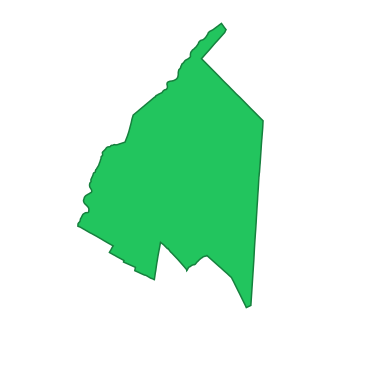 the district of Aricestii Rahtivani, Prahova, Romania, rotated 58°
{"feature_id": "2599482B50315286970944", "entity_name": "Aricestii Rahtivani", "entity_type": "district", "adm_level": 2, "iso_a3": "ROU", "parent_name": "Romania", "parent_adm1": "Prahova", "projection": "natural_earth1", "projection_center": [25.877, 44.949], "detail": "fine", "context": "isolated", "style": "filled", "palette": "green", "viewbox_px": 384, "rotation_deg": 58, "n_neighbors": 0, "source": "geoboundaries", "source_scale": "gbopen_adm2", "svg_char_len": 5883}
<svg xmlns="http://www.w3.org/2000/svg" viewBox="0 0 384 384"><g transform="rotate(58 192 192)"><path d="M160.6,306.9L162.4,305.5L172.2,300.3L173.5,299.5L177.9,297.0L179.7,296.0L180.0,295.9L180.8,295.4L182.4,294.6L184.4,293.5L185.3,293.1L188.0,291.7L191.4,289.9L195.9,287.4L196.1,287.8L196.7,289.1L196.9,289.4L197.3,290.1L198.1,291.4L198.8,292.8L199.3,293.8L199.4,294.0L199.5,294.1L201.8,292.8L202.6,292.4L203.7,291.8L205.0,291.0L206.8,290.1L210.1,288.2L212.4,286.9L213.3,286.4L214.1,286.0L214.6,286.7L215.1,287.2L219.2,284.4L223.1,281.8L225.9,279.9L227.1,281.0L227.6,281.5L228.4,282.2L232.6,279.4L233.3,279.0L236.7,276.7L237.2,276.4L237.7,275.8L237.9,275.6L238.4,275.2L238.7,275.0L238.9,274.9L239.5,274.6L241.2,273.7L242.4,273.1L243.3,272.6L244.3,271.8L244.6,271.5L246.3,270.5L246.4,270.4L245.2,269.4L243.6,268.0L241.3,266.1L240.0,264.9L239.1,264.1L237.4,262.7L233.6,259.5L231.4,257.5L230.1,256.4L228.4,254.9L225.0,251.8L222.1,249.1L220.0,247.2L218.6,246.0L218.0,245.4L221.5,244.1L222.7,243.8L223.7,243.6L225.9,243.1L226.8,242.9L227.1,242.8L227.3,242.7L227.4,242.4L227.4,242.2L227.5,242.2L228.0,242.2L230.9,242.0L231.6,241.9L232.1,241.8L232.4,241.7L232.7,241.6L233.0,241.5L236.0,240.9L241.3,239.8L248.2,238.7L251.3,238.2L254.2,237.8L254.7,237.7L254.9,237.7L255.2,237.8L255.9,238.1L255.8,237.8L255.6,237.3L255.0,236.4L254.6,235.7L254.4,235.3L254.4,235.1L254.2,234.6L254.1,234.3L254.1,234.1L254.2,233.3L254.3,233.0L254.1,231.3L254.1,231.0L254.2,230.4L254.3,229.6L254.3,229.4L254.5,229.3L254.6,229.2L254.8,228.8L254.9,228.4L254.9,228.1L255.0,227.8L254.9,227.4L254.9,227.2L254.6,226.4L254.5,226.2L254.4,225.7L254.2,225.3L254.1,225.0L254.1,224.9L253.9,224.0L253.9,223.7L253.5,222.3L253.2,221.0L253.2,220.7L253.2,220.3L253.1,219.9L253.0,219.2L253.0,218.9L253.0,218.2L253.1,217.8L253.0,217.6L252.9,217.1L252.9,216.7L253.0,216.3L253.1,215.9L253.2,215.7L253.3,215.0L253.3,214.9L253.8,214.2L253.8,213.6L253.9,213.3L253.8,213.0L269.3,208.5L271.8,207.7L275.8,206.6L280.1,205.3L281.4,205.0L284.3,204.2L285.2,203.9L285.5,203.9L286.2,203.9L286.9,204.0L289.7,204.2L290.8,204.3L293.5,204.6L300.7,205.3L303.0,205.5L307.8,206.0L317.7,207.0L317.8,207.1L318.8,207.2L319.4,202.2L282.3,175.5L272.3,168.5L268.1,165.5L260.9,160.3L257.5,157.8L253.3,154.8L252.2,154.0L249.5,152.1L247.5,150.7L244.3,148.4L238.1,144.0L235.1,141.8L233.3,140.5L231.4,139.2L229.7,138.0L223.8,133.7L217.0,128.9L216.2,128.3L214.9,127.4L214.7,127.3L214.5,127.1L214.2,126.8L213.4,126.2L212.9,125.9L212.5,125.5L212.3,125.4L211.7,125.0L211.6,124.8L211.4,124.7L210.9,124.2L210.7,124.1L209.9,123.5L209.6,123.3L209.2,123.0L208.5,122.5L204.7,119.7L204.4,119.5L203.8,119.0L203.5,118.8L200.6,116.7L196.0,113.4L192.7,111.0L189.2,108.5L184.7,105.2L184.3,104.9L183.3,104.1L182.3,103.4L177.6,99.9L175.3,98.2L173.6,97.0L170.1,94.6L169.3,94.0L151.5,98.1L137.3,101.2L132.1,102.6L128.2,103.4L125.2,104.1L121.8,104.8L116.9,106.0L113.4,106.8L109.9,107.5L104.5,108.7L84.0,113.3L83.7,112.4L83.5,111.6L82.2,107.4L80.6,101.8L79.5,98.3L78.6,95.5L77.6,92.1L77.6,91.9L76.5,88.1L74.6,81.6L74.2,80.2L74.1,79.8L72.8,77.9L72.4,77.1L71.6,77.2L71.0,77.2L70.7,77.3L64.6,77.7L65.1,83.7L65.5,88.3L65.2,91.9L65.2,92.1L65.2,92.3L65.5,93.2L65.6,93.8L65.9,94.3L66.5,94.9L67.1,96.3L67.9,98.0L68.3,99.2L68.5,100.2L68.7,101.3L68.7,102.0L68.4,103.1L68.0,104.6L68.4,106.2L68.6,106.9L69.1,107.5L69.6,108.1L70.2,109.4L71.1,111.7L71.2,112.1L71.3,112.9L71.6,114.1L71.8,115.0L71.8,116.3L72.3,117.4L72.8,118.8L73.5,119.6L74.4,120.4L76.4,121.6L76.7,122.3L76.9,123.6L77.0,125.2L76.8,127.4L76.9,128.3L77.3,129.4L77.7,130.2L78.0,131.4L78.1,132.7L79.0,133.8L79.4,134.6L80.8,136.2L81.0,136.8L81.3,138.3L81.7,138.8L83.2,140.2L84.1,140.8L85.1,141.4L86.8,142.9L87.3,143.7L87.6,144.2L87.8,144.7L88.0,145.5L87.9,147.6L87.9,147.9L87.8,148.3L87.5,149.4L87.3,150.0L86.7,151.3L86.3,152.3L86.2,152.7L86.1,153.5L86.0,154.1L86.1,154.7L86.2,155.0L86.5,155.4L86.8,155.7L87.3,156.1L88.0,156.4L88.5,156.5L89.4,156.9L90.3,157.5L90.8,158.0L91.0,158.4L91.4,159.4L91.3,159.8L91.0,160.5L90.9,161.1L90.9,161.8L90.9,162.3L91.1,163.2L91.7,164.5L91.8,164.9L91.8,165.5L91.6,166.3L91.6,167.1L91.3,168.8L91.5,169.9L91.4,170.3L91.2,170.8L91.2,171.2L91.3,171.8L91.5,172.1L91.8,172.3L92.0,172.6L91.8,173.0L91.7,173.3L92.2,176.9L94.2,191.1L95.6,201.1L98.4,204.3L100.9,206.7L107.3,213.5L110.2,217.0L114.2,222.4L113.4,225.7L112.7,228.4L112.6,229.0L112.5,229.6L112.2,230.5L111.8,231.4L111.5,231.8L111.1,232.3L110.6,232.8L110.5,233.4L110.4,234.1L110.3,234.7L109.7,235.7L109.7,236.1L109.9,236.7L110.1,237.1L110.1,237.6L109.3,239.2L109.1,239.9L109.1,240.6L109.2,241.3L109.4,241.7L109.7,242.3L110.1,243.7L110.4,245.0L110.7,246.4L110.9,246.9L111.3,247.3L112.3,247.7L113.3,248.2L113.6,248.6L113.8,249.8L114.0,250.4L114.3,250.7L115.0,251.0L115.4,251.4L116.3,252.6L116.9,253.2L117.4,253.7L117.8,254.3L118.3,255.0L120.0,257.1L121.4,260.0L121.9,260.7L122.1,261.7L122.4,262.2L122.8,262.6L123.7,263.3L123.9,263.6L123.8,264.4L123.7,264.9L124.0,265.8L124.4,266.2L125.3,267.2L126.3,268.7L127.6,270.7L128.0,271.2L128.4,271.5L128.9,271.7L129.5,271.9L129.7,272.1L130.1,273.4L130.4,273.9L131.1,274.7L132.3,275.5L133.5,276.0L137.0,276.1L138.2,276.6L138.6,276.9L138.8,277.3L139.0,277.8L138.9,278.0L138.9,278.3L138.8,278.6L138.8,278.9L138.9,279.1L139.0,279.5L138.9,280.3L138.8,281.3L138.8,281.7L138.8,282.3L138.8,283.3L138.8,283.7L138.9,284.5L139.2,285.2L139.4,285.9L139.7,286.3L140.2,286.8L141.1,287.9L141.8,288.6L142.3,288.8L142.9,289.0L144.1,289.2L145.2,289.1L145.9,289.0L147.6,288.5L148.4,288.4L149.6,288.2L149.9,288.1L150.3,288.1L150.5,288.2L150.9,288.2L151.5,288.4L152.2,288.7L152.6,289.0L153.1,289.4L153.6,289.7L154.1,290.2L154.2,290.5L154.3,290.9L154.1,291.5L153.9,291.9L153.6,292.4L153.2,293.2L153.1,293.7L153.1,294.1L153.1,295.3L153.1,295.7L153.2,296.4L153.8,297.5L155.2,299.8L155.6,300.7L157.4,302.4L157.9,303.4L157.9,304.0L158.2,304.8L158.5,305.4L159.2,306.0L160.6,306.9Z" fill="#22c55e" stroke="#15803d" stroke-width="1.5"/></g></svg>